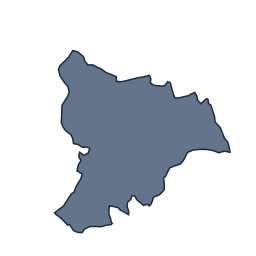 outline of Stroumpi, Paphos, Cyprus, rotated 165°
{"feature_id": "46923920B38584843401595", "entity_name": "Stroumpi", "entity_type": "district", "adm_level": 2, "iso_a3": "CYP", "parent_name": "Cyprus", "parent_adm1": "Paphos", "projection": "robinson", "projection_center": [32.477, 34.887], "detail": "fine", "context": "isolated", "style": "filled", "palette": "slate", "viewbox_px": 256, "rotation_deg": 165, "n_neighbors": 0, "source": "geoboundaries", "source_scale": "gbopen_adm2", "svg_char_len": 1828}
<svg xmlns="http://www.w3.org/2000/svg" viewBox="0 0 256 256"><g transform="rotate(165 128 128)"><path d="M125.8,48.1L123.7,50.8L121.3,54.5L114.5,55.5L109.2,58.7L107.6,63.7L106.5,70.7L104.4,71.4L101.4,74.9L97.9,78.7L93.9,79.2L86.6,79.7L82.8,82.4L78.9,86.7L77.1,88.9L71.3,89.8L64.2,88.8L58.3,87.2L51.6,84.2L46.8,80.6L40.8,80.7L35.7,78.1L35.3,83.9L35.3,88.5L37.5,93.5L38.5,101.9L38.9,104.9L40.5,107.8L42.3,111.3L41.4,117.0L41.7,121.9L42.1,128.8L43.9,130.9L43.3,134.8L44.5,136.0L48.5,134.1L51.4,132.6L53.6,136.8L53.2,140.8L54.3,145.1L58.9,144.3L61.1,143.5L67.6,143.9L71.3,143.8L74.9,145.1L75.5,149.9L75.4,160.7L77.7,162.5L81.8,159.2L86.0,160.2L91.5,162.3L94.8,165.7L93.2,169.5L93.6,173.4L99.5,173.3L105.1,174.0L115.6,174.1L122.3,174.4L127.1,176.0L126.0,180.5L130.1,183.8L134.8,187.2L138.7,192.0L145.9,198.2L150.4,199.3L152.3,203.3L152.5,208.3L155.0,211.8L157.0,214.6L161.2,217.1L167.4,211.6L177.5,205.8L178.7,204.4L180.0,202.7L180.2,196.0L177.5,188.0L175.4,184.0L175.4,178.2L178.1,174.2L185.8,167.1L187.9,160.6L188.9,156.8L190.2,153.3L191.1,150.0L190.4,145.9L189.6,143.0L188.1,140.3L185.1,136.8L184.1,132.2L184.7,127.1L180.4,124.9L177.1,121.2L173.1,120.4L170.1,118.3L173.0,114.1L177.6,113.0L181.1,117.1L183.1,113.0L181.8,108.7L185.2,105.7L188.4,99.8L184.2,95.6L186.8,91.0L190.6,87.6L193.8,84.2L196.7,80.0L200.0,78.9L210.6,69.3L220.7,65.2L220.3,63.5L217.0,59.5L215.1,56.5L212.3,51.4L211.4,49.8L209.4,49.7L207.2,43.1L203.3,40.0L199.2,38.9L196.4,41.5L190.2,42.7L183.6,40.9L179.7,39.6L173.9,39.7L169.7,39.0L167.8,39.9L168.5,41.0L168.3,45.6L168.7,49.8L167.3,54.7L166.0,57.6L162.8,56.1L158.4,53.9L156.7,50.8L152.8,47.2L149.9,44.1L148.9,47.5L149.2,52.5L147.6,56.4L143.8,58.3L141.6,61.6L139.1,60.5L138.1,56.6L135.3,52.5L133.2,49.3L131.9,49.3L128.6,49.2L127.8,47.2L125.8,48.1Z" fill="#64748b" stroke="#1e293b" stroke-width="1.5"/></g></svg>